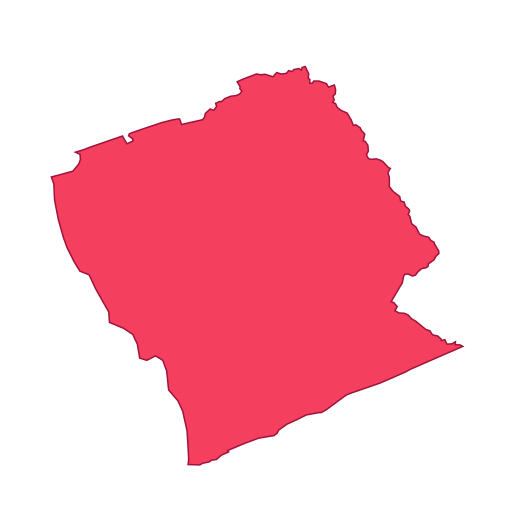 outline of Arecibo, Puerto Rico, rotated 245°
{"feature_id": "32010507B88013752264410", "entity_name": "Arecibo", "entity_type": "district", "adm_level": 2, "iso_a3": "PRI", "parent_name": "Puerto Rico", "parent_adm1": "", "projection": "mercator", "projection_center": [-66.671, 18.404], "detail": "fine", "context": "isolated", "style": "filled", "palette": "rose", "viewbox_px": 512, "rotation_deg": 245, "n_neighbors": 0, "source": "geoboundaries", "source_scale": "gbopen_adm2", "svg_char_len": 3066}
<svg xmlns="http://www.w3.org/2000/svg" viewBox="0 0 512 512"><g transform="rotate(245 256 256)"><path d="M406.9,380.7L407.4,377.5L405.3,375.7L407.7,374.2L409.0,369.1L407.9,366.7L410.2,364.0L408.7,360.7L410.2,355.9L413.5,352.3L411.3,347.1L416.9,340.9L418.2,337.0L420.8,333.3L420.9,330.9L421.8,319.1L421.9,312.6L416.1,313.1L414.5,312.1L411.3,312.8L409.8,309.9L409.7,306.1L411.5,300.5L411.8,294.4L410.5,289.8L411.4,288.6L411.4,285.1L411.5,284.0L410.4,283.8L408.1,283.4L405.9,279.2L408.6,276.6L406.6,270.3L403.6,268.1L402.1,265.2L406.5,245.0L406.6,244.1L412.5,244.7L413.1,243.3L414.6,238.1L415.1,235.6L416.7,227.1L419.3,204.2L420.4,193.0L418.8,191.3L418.5,191.5L414.3,193.7L412.3,193.3L412.2,186.6L416.1,186.1L421.2,185.7L424.7,152.2L425.2,144.7L426.4,136.2L422.5,139.5L417.8,137.7L414.4,134.5L410.3,125.9L410.3,125.7L413.7,106.1L414.1,103.9L406.7,103.2L392.6,97.4L392.2,97.2L381.9,94.6L371.9,92.1L367.9,91.5L356.1,89.6L353.6,89.2L343.0,88.3L340.1,88.4L330.7,88.7L328.1,88.7L316.7,90.0L309.5,96.8L303.8,96.8L293.8,96.8L281.2,97.8L267.4,98.9L257.7,95.1L255.1,97.5L254.5,98.1L248.4,103.6L246.6,105.3L243.9,107.0L237.0,111.2L236.9,111.2L236.4,111.2L226.3,111.2L216.7,108.6L216.2,108.4L212.7,107.4L207.9,112.6L207.6,112.9L207.7,116.7L208.0,122.7L207.7,122.9L200.8,127.4L193.5,126.8L193.1,126.8L192.1,126.7L189.7,126.5L183.9,124.5L177.6,122.3L175.6,121.6L171.5,120.2L164.2,122.2L157.9,124.0L156.6,124.0L146.4,124.0L145.9,123.9L145.0,123.7L133.8,121.2L126.9,119.7L118.0,116.2L113.4,114.4L100.2,109.1L95.7,106.3L90.4,116.8L90.7,120.1L89.2,126.2L89.7,130.3L89.2,131.0L88.3,134.1L90.1,140.5L90.0,148.4L91.7,148.0L91.0,166.7L90.2,176.3L89.8,181.4L85.6,196.4L86.5,200.4L88.6,203.0L90.5,212.8L90.4,218.7L90.4,224.8L90.7,234.3L87.7,246.1L86.5,249.0L86.8,253.7L90.8,273.8L90.9,274.2L91.8,279.0L91.7,283.1L88.6,312.8L88.4,314.9L87.7,342.7L88.1,348.1L86.7,405.2L89.2,403.4L91.3,399.1L94.0,400.5L93.6,396.4L95.4,391.8L100.4,391.8L101.0,388.2L102.6,388.6L106.7,386.9L109.5,383.2L111.4,382.3L114.6,382.1L117.9,378.7L129.3,373.3L133.6,370.3L138.2,369.0L141.4,366.2L143.9,361.6L147.6,358.8L150.5,362.6L155.5,361.2L157.5,359.2L169.9,377.3L175.6,381.5L176.5,383.3L175.4,386.2L171.6,389.5L171.3,392.5L173.1,395.8L174.6,400.8L173.5,404.8L173.8,407.5L176.0,408.9L177.3,415.6L179.9,419.4L180.9,422.8L183.4,423.7L191.4,422.9L193.1,423.2L196.3,421.1L200.0,420.4L203.3,416.3L206.6,413.5L214.8,413.2L219.4,410.7L226.9,412.2L229.3,411.5L231.9,414.3L233.6,414.4L237.9,412.5L241.8,412.9L242.2,413.1L244.8,410.3L249.2,411.4L256.6,407.5L262.6,406.2L266.5,408.1L271.0,410.1L275.9,410.8L278.6,414.8L280.1,413.4L287.7,411.0L290.1,409.4L293.1,406.3L295.0,401.0L297.0,399.0L301.1,398.9L303.6,402.2L309.1,404.2L313.7,403.4L315.1,401.9L320.5,406.1L325.2,404.6L328.3,404.6L332.7,401.9L333.3,399.4L339.1,399.8L347.0,399.0L352.2,394.5L356.4,392.4L360.5,392.5L363.0,390.4L364.3,392.9L368.3,393.3L369.4,396.4L373.2,398.5L377.9,399.3L378.4,393.0L382.4,392.7L387.8,387.2L390.1,382.5L388.8,379.9L390.0,377.8L393.2,379.4L395.1,378.5L398.9,380.8L406.9,380.7Z" fill="#f43f5e" stroke="#9f1239" stroke-width="1.5"/></g></svg>